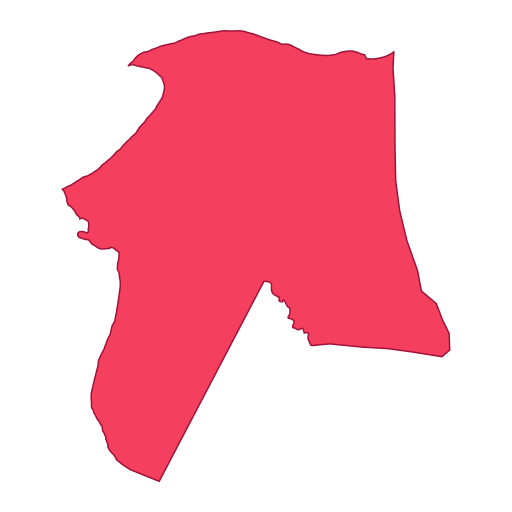 the district of Shambuko, Gash Barka, Eritrea
{"feature_id": "51966322B24942230220374", "entity_name": "Shambuko", "entity_type": "district", "adm_level": 2, "iso_a3": "ERI", "parent_name": "Eritrea", "parent_adm1": "Gash Barka", "projection": "mercator", "projection_center": [37.812, 14.923], "detail": "fine", "context": "isolated", "style": "filled", "palette": "rose", "viewbox_px": 512, "rotation_deg": 0, "n_neighbors": 0, "source": "geoboundaries", "source_scale": "gbopen_adm2", "svg_char_len": 5852}
<svg xmlns="http://www.w3.org/2000/svg" viewBox="0 0 512 512"><path d="M62.3,189.2L62.6,189.6L63.3,190.3L64.0,191.0L64.5,192.5L66.0,196.0L66.4,197.2L67.1,202.3L68.2,204.9L69.7,206.0L70.4,206.0L71.0,206.7L71.4,207.2L72.6,208.4L73.4,209.4L75.5,212.2L76.3,214.2L77.1,215.1L78.5,216.2L78.7,216.6L79.4,217.4L80.1,218.4L80.0,218.9L81.1,218.4L81.5,218.1L82.4,218.2L82.9,218.4L84.7,219.2L87.8,221.0L88.1,221.4L88.5,222.4L88.7,223.4L88.9,223.9L88.7,225.2L88.8,226.6L88.3,228.4L88.3,229.0L88.4,230.1L88.3,230.6L88.2,231.6L87.8,232.5L87.6,232.8L86.9,232.8L85.9,232.5L84.3,231.9L82.5,231.5L82.0,231.4L80.6,231.6L79.3,231.9L78.4,232.4L77.8,233.4L77.6,233.8L77.9,235.5L78.4,236.7L79.0,237.2L79.8,237.7L81.0,238.1L81.9,238.2L84.7,239.3L87.2,239.6L88.3,240.0L89.1,240.0L89.2,240.5L91.7,243.7L92.6,244.4L94.1,245.3L95.7,246.3L98.9,248.4L99.5,248.6L101.2,249.0L107.6,248.6L108.3,248.5L109.5,248.3L110.3,248.0L110.6,247.7L111.1,247.2L112.7,247.7L113.4,248.0L114.3,248.7L114.8,249.0L115.7,250.0L119.0,252.1L118.9,253.4L119.1,254.2L119.1,254.9L118.9,256.8L119.1,257.6L118.8,258.5L118.7,259.6L118.3,260.5L118.1,261.3L117.5,265.0L117.5,267.2L117.2,268.9L118.8,272.2L119.4,274.8L119.4,276.6L119.7,278.2L120.1,280.4L120.3,283.8L120.2,286.9L118.9,296.8L118.6,298.7L117.5,305.8L116.8,309.8L116.6,311.9L116.4,312.9L116.0,313.9L115.0,319.8L114.4,321.9L112.3,325.5L111.8,327.2L111.3,329.5L110.5,333.0L110.1,334.4L109.0,336.6L108.2,338.1L107.3,340.2L105.9,344.2L105.1,345.8L104.6,347.8L102.9,351.4L102.0,352.9L101.0,354.9L99.0,359.3L98.5,360.8L98.3,362.6L98.1,365.6L97.4,367.8L97.2,368.8L95.9,373.8L95.3,376.4L94.6,378.7L94.0,381.8L93.6,383.1L91.4,392.8L91.2,395.4L91.2,399.7L91.4,401.9L91.6,403.8L91.4,404.5L91.5,405.2L91.5,406.8L91.6,407.6L92.0,408.4L92.5,409.1L93.0,409.7L93.5,411.3L93.9,412.9L94.3,413.6L94.9,414.2L95.3,414.9L95.5,415.6L95.9,416.2L96.2,417.0L96.8,418.4L97.5,419.2L97.7,419.7L99.2,421.7L99.5,422.4L99.9,423.2L100.7,424.7L101.2,425.2L101.8,425.7L102.1,426.4L102.4,429.3L102.7,430.9L103.2,431.6L104.6,434.0L104.7,434.8L105.1,435.6L105.6,436.0L105.7,436.9L105.9,438.0L105.7,438.8L105.9,439.5L106.4,440.2L107.1,442.5L107.5,443.1L107.7,443.9L107.9,445.5L108.2,446.4L107.8,446.6L108.8,448.9L110.1,450.8L110.9,451.8L111.1,452.1L112.8,453.8L114.5,455.8L115.1,456.7L115.2,457.2L116.7,459.9L122.2,464.4L130.2,469.6L147.3,476.6L159.2,481.3L263.9,281.4L266.5,281.4L267.2,281.5L269.0,281.9L269.9,282.3L270.9,283.2L271.3,283.9L271.5,284.8L271.5,286.0L271.4,288.5L271.7,291.0L272.0,291.9L272.4,292.9L272.9,293.5L273.6,294.2L274.8,295.1L276.4,295.8L277.7,296.8L278.9,297.1L279.2,297.5L279.2,299.0L279.0,300.1L279.2,300.9L279.6,301.3L280.7,301.6L281.6,301.8L282.4,301.8L282.6,301.3L283.0,300.3L283.3,300.0L283.8,300.1L284.2,300.6L285.4,302.6L287.1,305.9L287.7,306.7L288.2,307.2L289.3,307.8L289.9,308.4L290.0,309.0L289.9,310.0L290.0,313.0L289.8,313.7L289.5,314.6L288.3,316.4L288.2,316.8L288.1,317.2L288.1,317.7L288.4,318.2L288.9,318.4L290.6,318.7L291.5,319.0L292.3,319.4L293.5,320.5L293.8,320.8L294.1,321.6L294.0,322.8L293.3,324.3L292.8,325.7L292.7,326.7L292.7,327.2L293.2,327.8L294.4,328.0L295.0,328.2L297.7,329.7L298.3,329.8L298.8,329.7L299.7,329.4L302.3,328.2L302.7,328.3L303.0,328.7L303.4,329.6L303.6,330.9L303.9,331.6L304.0,332.1L304.1,332.9L304.7,333.0L306.2,332.7L307.5,332.5L308.3,333.0L308.5,333.9L308.0,337.5L308.0,338.5L308.1,339.1L309.3,341.6L310.6,345.0L312.6,345.5L320.4,344.7L329.9,343.9L362.3,347.1L387.6,348.6L411.2,351.8L442.0,356.7L449.7,350.0L449.1,333.4L442.4,319.6L436.3,303.6L421.4,291.0L417.5,270.5L406.9,240.7L399.7,210.8L395.7,181.0L395.0,147.8L394.8,96.3L393.0,68.0L393.8,52.9L393.7,51.9L390.6,54.1L388.5,55.1L385.2,56.6L382.7,57.3L378.6,58.3L376.4,58.6L373.8,58.9L371.5,59.0L367.4,58.8L366.5,58.5L366.1,58.0L365.7,57.3L365.3,56.2L364.7,54.8L363.6,54.6L360.8,53.9L355.9,51.8L352.9,51.2L351.1,51.0L349.3,51.0L346.0,51.4L344.2,51.6L341.7,52.1L339.3,52.9L336.6,54.1L335.2,54.6L330.8,55.2L328.3,55.5L326.2,55.5L320.0,55.1L314.7,54.5L311.9,54.1L308.9,53.6L304.5,52.2L301.7,50.9L300.1,49.9L298.4,49.0L296.2,48.0L294.1,46.9L291.7,45.6L289.4,44.6L286.3,44.1L285.4,44.1L283.5,44.3L282.7,44.3L281.3,44.0L280.6,43.7L279.0,42.8L276.6,41.9L272.4,40.6L270.6,40.2L266.8,38.9L259.7,36.3L257.4,35.3L255.2,34.6L253.2,33.9L248.7,32.8L246.5,32.1L244.2,31.4L242.8,31.1L240.7,30.9L238.1,30.8L233.0,31.0L229.4,31.0L226.7,30.9L225.0,30.7L223.2,30.8L221.9,31.1L219.8,31.3L214.7,32.1L207.2,33.0L202.9,33.7L200.6,33.9L198.8,34.2L196.8,35.1L194.9,35.7L192.6,36.1L188.4,37.1L184.4,38.7L181.5,40.1L179.4,40.8L177.9,41.5L176.8,42.1L175.2,42.9L173.2,43.4L170.6,43.8L168.6,44.3L165.7,45.0L163.4,45.5L161.7,45.9L160.7,46.3L158.9,47.0L154.3,48.8L152.1,49.4L151.2,49.8L150.5,50.4L150.1,50.6L149.0,51.1L147.0,51.6L144.9,52.0L143.5,52.3L140.6,53.8L139.5,54.4L138.1,55.4L136.4,56.9L134.9,58.6L133.9,60.1L132.6,61.6L132.0,62.1L130.3,63.3L129.7,64.1L128.7,65.2L127.9,65.9L128.9,65.6L130.3,65.0L132.5,64.5L133.0,64.7L134.9,65.2L136.2,65.7L140.4,66.6L142.1,67.0L143.4,67.1L146.0,67.9L147.3,67.9L148.5,68.1L149.6,68.6L150.9,69.3L153.0,70.2L154.8,71.5L157.3,73.4L159.0,75.1L161.4,77.2L162.0,78.0L162.7,80.0L164.2,84.4L164.5,86.5L164.4,89.1L163.7,91.8L163.5,93.2L162.5,96.8L161.9,98.2L159.9,101.2L158.9,103.0L156.7,106.2L156.1,107.8L155.4,109.0L152.6,112.3L150.4,114.9L147.9,117.4L146.6,118.9L145.3,121.0L143.6,123.1L142.2,124.4L141.7,125.0L140.9,126.1L140.4,126.5L139.3,127.5L137.4,130.8L136.1,132.8L134.2,134.8L133.2,135.5L131.5,137.0L129.6,139.2L128.2,140.5L126.6,141.7L125.7,143.0L124.0,144.5L122.2,146.6L120.7,148.6L119.4,149.8L117.7,150.8L116.0,152.4L114.2,154.6L112.0,156.8L110.6,158.4L109.3,159.3L107.4,160.8L105.4,162.7L103.9,163.7L102.0,165.2L99.3,168.3L97.9,169.5L96.4,170.6L94.7,171.5L93.1,172.9L89.5,174.7L88.0,175.8L84.7,176.6L83.2,177.1L82.1,177.8L80.0,179.3L74.8,182.6L72.5,184.1L70.0,185.6L66.9,186.8L64.8,188.2L62.3,189.2Z" fill="#f43f5e" stroke="#9f1239" stroke-width="1.5"/></svg>